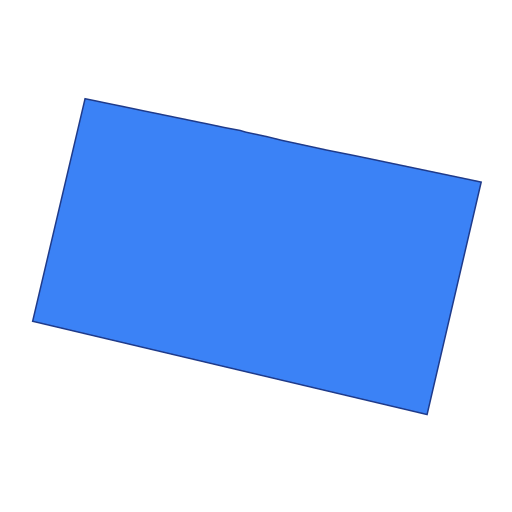 outline of Ozark, Missouri, United States of America, rotated 192°
{"feature_id": "52423323B58734474241288", "entity_name": "Ozark", "entity_type": "district", "adm_level": 2, "iso_a3": "USA", "parent_name": "United States of America", "parent_adm1": "Missouri", "projection": "mercator", "projection_center": [-92.375, 36.652], "detail": "fine", "context": "isolated", "style": "filled", "palette": "blue", "viewbox_px": 512, "rotation_deg": 192, "n_neighbors": 0, "source": "geoboundaries", "source_scale": "gbopen_adm2", "svg_char_len": 420}
<svg xmlns="http://www.w3.org/2000/svg" viewBox="0 0 512 512"><g transform="rotate(192 256 256)"><path d="M55.7,136.5L51.1,375.1L180.3,374.7L202.1,374.4L209.7,374.3L254.9,374.5L269.6,375.0L291.6,375.0L297.7,375.5L313.2,375.1L332.9,375.1L338.5,375.0L396.3,374.6L397.7,374.6L399.4,374.6L406.9,374.6L437.3,374.4L445.1,374.4L455.9,374.3L460.9,145.7L55.7,136.5Z" fill="#3b82f6" stroke="#1e3a8a" stroke-width="1.5"/></g></svg>